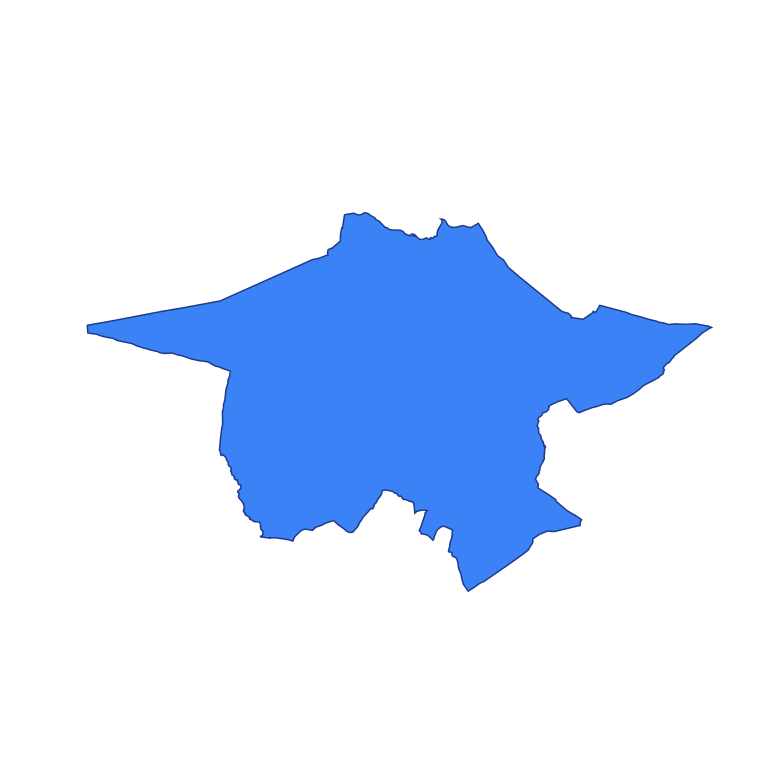 Monduli, Arusha, United Republic of Tanzania, rotated 105°
{"feature_id": "72390352B11439822404473", "entity_name": "Monduli", "entity_type": "district", "adm_level": 2, "iso_a3": "TZA", "parent_name": "United Republic of Tanzania", "parent_adm1": "Arusha", "projection": "orthographic", "projection_center": [36.288, -3.452], "detail": "fine", "context": "isolated", "style": "filled", "palette": "blue", "viewbox_px": 768, "rotation_deg": 105, "n_neighbors": 0, "source": "geoboundaries", "source_scale": "gbopen_adm2", "svg_char_len": 6152}
<svg xmlns="http://www.w3.org/2000/svg" viewBox="0 0 768 768"><g transform="rotate(105 384 384)"><path d="M562.3,249.1L556.4,243.7L553.2,241.2L549.9,237.9L549.4,236.8L522.4,213.9L511.6,205.1L506.9,201.6L506.8,201.8L499.0,199.3L495.0,200.1L488.8,194.7L483.8,188.1L482.5,181.4L470.5,159.2L470.1,158.0L467.2,158.6L463.9,158.1L461.1,166.1L460.8,168.0L458.6,175.2L452.7,187.6L451.3,188.0L448.3,196.3L444.6,208.2L442.9,208.7L442.4,209.2L441.4,208.7L440.4,209.4L436.7,213.0L433.9,212.7L431.2,211.4L429.9,211.1L428.9,211.5L427.8,211.6L427.2,211.2L424.6,211.7L421.7,211.4L417.1,210.1L415.9,210.3L415.5,209.8L414.7,209.8L411.8,210.8L409.5,210.9L408.4,211.3L408.0,211.8L407.0,211.5L405.8,211.9L404.8,211.8L404.4,212.0L403.7,211.6L403.2,211.8L403.5,212.6L403.3,212.7L402.1,212.5L402.4,213.4L401.4,213.7L401.1,214.2L400.4,214.2L399.7,215.2L399.3,215.0L398.3,215.6L398.0,216.1L398.2,216.3L397.6,216.9L397.2,216.9L396.4,217.9L394.3,218.6L392.7,219.7L392.5,220.6L391.4,221.8L386.7,223.3L384.4,225.5L383.5,225.1L381.1,225.2L380.0,224.8L378.9,225.4L378.2,226.5L375.8,225.5L373.6,223.5L372.9,223.6L370.4,222.8L369.6,221.0L368.4,219.7L367.0,218.9L366.0,218.5L363.7,218.5L363.0,219.2L359.5,215.8L356.2,211.7L350.9,203.8L360.7,190.8L361.2,189.3L361.1,187.9L358.2,184.2L352.9,176.8L351.2,173.5L346.8,166.8L345.4,163.0L344.9,159.6L339.4,153.7L334.1,145.7L328.6,140.4L322.9,135.9L318.9,133.3L317.5,132.1L309.7,123.5L306.1,120.0L304.6,119.4L302.7,117.5L301.4,117.0L300.2,116.9L299.4,117.2L297.8,116.9L296.4,118.3L295.4,118.2L291.0,116.1L289.7,114.4L288.9,113.9L284.7,112.2L282.9,111.1L282.3,111.3L281.5,110.9L258.7,93.8L252.5,89.9L246.9,84.9L244.6,82.3L244.1,86.6L244.5,88.5L245.2,98.7L248.1,107.4L250.7,118.7L252.6,123.7L252.9,125.3L252.6,129.1L253.2,134.2L252.8,136.8L253.0,144.5L252.7,157.3L252.9,161.7L252.1,168.4L252.2,196.0L258.4,197.5L260.2,198.6L259.6,200.7L261.3,201.0L270.0,208.5L271.0,218.1L271.8,220.2L270.2,220.3L268.1,223.8L267.9,230.9L245.2,281.6L239.2,294.1L233.2,300.7L230.7,307.5L223.7,314.6L218.1,321.8L215.2,323.5L209.8,328.5L204.4,334.5L210.6,340.7L210.6,349.0L214.4,356.0L214.9,358.5L215.0,360.5L214.7,361.9L213.8,363.8L210.6,366.8L210.2,367.5L209.6,369.6L210.0,371.8L210.6,370.6L212.5,369.8L213.4,369.7L222.0,372.0L223.0,371.7L224.9,371.8L226.6,371.2L227.7,371.5L228.0,371.9L228.2,373.4L228.8,373.8L229.9,373.9L230.2,374.5L230.6,375.3L230.5,376.3L230.9,377.1L232.4,376.7L232.6,377.9L231.9,381.0L234.2,383.7L234.9,386.0L234.5,388.5L232.8,391.2L233.5,392.5L233.4,392.7L232.2,392.5L232.4,393.1L232.0,393.5L233.0,394.2L231.9,394.4L231.7,394.7L232.3,396.6L233.6,396.8L234.4,397.2L233.9,398.6L233.6,402.6L231.9,404.9L231.3,407.4L232.0,411.7L232.8,414.2L233.4,418.6L232.3,421.6L232.3,423.8L227.9,430.8L227.4,434.1L225.6,436.4L225.6,437.2L224.3,441.8L223.4,443.5L223.6,447.2L225.7,449.2L226.9,450.9L227.4,453.2L226.9,457.5L230.0,464.5L230.9,465.9L243.8,464.5L243.9,465.2L248.9,464.9L253.5,464.2L257.1,463.1L266.2,469.3L266.4,469.2L266.7,470.3L268.8,472.7L271.6,472.6L274.0,471.5L275.5,474.2L276.2,474.8L279.4,479.5L282.5,485.5L346.2,563.8L362.6,598.2L370.7,616.0L393.1,662.3L404.0,685.6L404.4,685.7L411.3,683.3L411.0,679.4L410.3,675.2L410.8,668.6L410.6,663.5L410.0,657.9L411.0,653.3L410.2,637.9L411.2,632.4L411.5,624.6L411.3,621.3L411.6,619.7L411.3,611.0L411.7,608.5L411.4,604.2L409.2,597.8L409.0,595.4L409.3,591.1L409.0,585.6L409.7,576.7L409.3,568.0L408.5,563.8L408.3,559.4L410.1,552.6L410.3,550.8L410.2,547.7L410.8,543.4L411.3,536.0L411.8,535.6L416.8,535.2L420.8,535.7L423.4,535.0L430.5,535.2L440.7,533.6L444.7,533.7L446.5,533.5L448.5,532.8L452.5,532.9L464.7,529.4L468.4,529.3L476.5,528.2L490.6,525.8L491.1,524.9L491.8,524.4L492.6,524.3L494.8,523.3L495.0,522.2L494.0,521.1L496.0,517.6L498.3,516.3L498.9,515.3L500.1,514.3L502.8,513.2L504.7,509.8L505.2,509.6L506.2,509.7L506.7,509.3L507.7,509.7L508.2,509.3L508.8,508.4L509.7,508.1L511.2,507.2L511.3,505.9L512.1,505.0L512.7,504.7L513.2,503.7L514.3,504.0L515.1,502.2L514.6,500.7L516.3,500.3L516.9,499.5L518.4,498.8L518.7,498.3L518.2,497.0L519.5,496.4L519.8,495.6L521.3,495.3L523.6,496.2L525.0,497.4L525.9,497.5L526.5,497.1L526.7,496.3L527.9,495.3L530.0,495.7L532.1,494.1L533.6,491.3L534.4,490.7L535.7,489.2L537.2,488.0L538.6,487.5L539.5,486.7L540.9,487.0L542.4,487.0L542.7,486.7L543.1,486.9L543.3,486.5L544.0,486.2L544.2,485.0L544.7,485.1L544.7,484.6L545.4,484.0L546.0,484.2L546.5,483.9L546.5,482.7L546.9,482.0L547.1,480.5L547.8,479.6L548.0,478.6L549.1,479.0L549.5,478.4L549.3,477.4L550.4,474.4L550.5,473.1L550.1,472.6L550.2,471.9L549.5,469.0L549.9,468.2L551.8,466.8L553.8,466.4L553.7,466.0L554.9,465.9L555.9,465.3L556.5,464.9L556.7,464.1L557.2,463.9L557.1,462.9L557.9,462.6L561.5,462.1L562.8,462.3L562.5,463.2L563.1,463.8L563.6,463.5L562.4,454.2L562.0,454.4L560.5,448.1L559.1,436.2L559.3,431.5L558.6,431.1L556.8,431.2L554.7,430.7L549.3,427.6L546.3,425.4L545.2,423.7L544.3,421.3L543.9,415.3L542.2,414.1L541.5,414.1L540.8,413.2L539.3,412.0L536.3,407.2L534.1,405.2L529.2,397.9L529.4,396.4L531.7,392.0L533.8,386.2L535.6,382.5L536.1,380.7L536.3,379.6L536.1,377.7L535.0,375.6L532.4,374.6L531.8,374.0L527.8,372.2L526.9,372.0L525.9,372.2L525.2,371.8L523.2,371.4L521.4,370.6L518.0,369.7L512.3,366.6L507.8,364.7L507.7,362.8L505.8,362.1L504.8,362.0L502.8,362.3L501.8,361.4L500.3,360.7L498.1,360.5L496.1,359.7L495.5,359.7L494.3,358.8L493.1,358.7L491.2,357.9L487.9,358.2L486.2,356.4L485.6,351.2L485.5,347.4L486.6,345.4L486.5,343.1L488.2,341.5L488.5,340.5L488.0,338.8L488.4,338.0L489.8,336.4L489.8,336.0L490.2,335.9L490.5,334.7L490.1,334.3L490.0,333.2L490.6,328.7L490.6,326.5L490.3,326.4L490.6,325.6L491.2,324.9L493.5,323.5L500.8,320.8L498.5,319.3L495.9,314.6L494.9,309.3L497.7,310.8L499.4,310.8L500.6,310.3L501.5,310.7L512.8,311.4L514.3,311.8L516.6,311.9L517.3,310.5L519.1,309.1L518.7,305.9L518.8,302.8L520.1,299.8L522.2,296.4L521.2,295.8L518.8,295.9L512.4,295.2L510.4,294.4L507.7,292.3L506.2,290.5L505.9,288.5L507.2,280.1L514.7,278.7L519.9,279.1L522.1,279.0L523.2,278.6L528.7,278.5L529.3,278.1L529.2,276.0L529.6,274.5L531.2,274.2L532.2,273.7L532.7,272.8L532.8,271.0L533.2,269.7L534.4,268.2L538.2,266.1L543.2,264.0L547.5,260.6L552.7,258.0L556.8,255.6L562.3,249.1Z" fill="#3b82f6" stroke="#1e3a8a" stroke-width="1.5"/></g></svg>